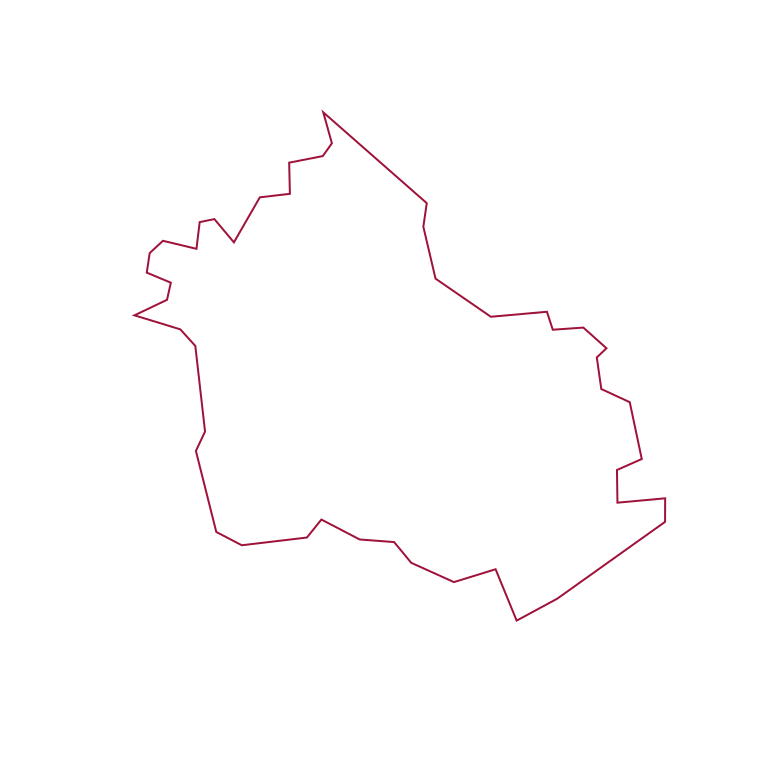 Anderson, Kentucky, United States of America, rotated 244°
{"feature_id": "52423323B73642755696562", "entity_name": "Anderson", "entity_type": "district", "adm_level": 2, "iso_a3": "USA", "parent_name": "United States of America", "parent_adm1": "Kentucky", "projection": "robinson", "projection_center": [-84.971, 38.007], "detail": "fine", "context": "isolated", "style": "outline", "palette": "rose", "viewbox_px": 768, "rotation_deg": 244, "n_neighbors": 0, "source": "geoboundaries", "source_scale": "gbopen_adm2", "svg_char_len": 742}
<svg xmlns="http://www.w3.org/2000/svg" viewBox="0 0 768 768"><g transform="rotate(244 384 384)"><path d="M314.6,586.9L318.6,599.6L347.3,587.9L358.8,559.5L377.5,562.1L397.6,509.5L456.1,476.5L508.1,488.3L527.8,501.7L654.8,448.5L623.2,442.7L615.7,428.9L624.5,395.8L596.2,382.8L606.2,354.2L577.1,311.2L606.6,303.8L610.3,289.3L587.7,274.7L609.6,248.1L604.4,230.8L588.1,219.6L568.5,236.8L554.8,225.9L555.1,189.8L522.4,224.9L500.9,231.1L419.7,202.3L406.3,185.6L324.5,168.4L301.4,185.5L279.8,247.4L289.6,268.3L254.9,294.0L237.5,323.8L211.3,330.1L175.3,360.0L168.6,403.1L113.2,399.5L115.1,445.5L136.9,576.2L158.0,586.6L175.0,541.8L204.6,555.7L203.6,582.8L259.9,596.9L284.2,577.1L314.6,586.9Z" fill="none" stroke="#9f1239" stroke-width="2"/></g></svg>